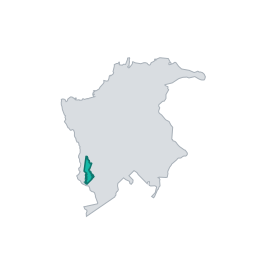 location of La Chorrera, Amazonas, Colombia, rotated 45°
{"feature_id": "7082276B17181319735962", "entity_name": "La Chorrera", "entity_type": "district", "adm_level": 2, "iso_a3": "COL", "parent_name": "Colombia", "parent_adm1": "Amazonas", "projection": "orthographic", "projection_center": [-72.317, -1.283], "detail": "fine", "context": "in_parent", "style": "filled", "palette": "teal", "viewbox_px": 256, "rotation_deg": 45, "n_neighbors": 0, "source": "geoboundaries", "source_scale": "gbopen_adm2", "svg_char_len": 6741}
<svg xmlns="http://www.w3.org/2000/svg" viewBox="0 0 256 256"><g transform="rotate(45 128 128)"><path d="M145.8,42.2L143.5,43.2L138.9,44.4L135.7,49.5L133.6,50.4L130.9,53.4L129.0,57.1L127.4,64.8L123.5,71.3L123.8,71.6L125.4,71.3L126.9,70.6L127.4,70.8L127.9,71.9L129.7,72.2L131.2,77.5L133.9,80.2L134.2,81.2L134.6,83.4L133.6,84.7L133.3,89.6L134.1,90.8L136.2,91.3L137.6,94.3L138.4,95.0L139.7,95.4L142.7,95.0L148.1,95.5L149.4,95.4L152.4,94.4L156.3,95.6L159.1,95.9L166.9,105.0L167.7,104.7L168.7,105.3L170.6,104.3L172.3,104.2L174.5,104.6L177.5,104.7L183.3,103.7L184.2,103.2L187.4,103.7L188.4,104.4L188.9,106.1L188.5,107.2L187.4,108.2L186.8,109.6L186.7,111.3L186.1,112.5L185.1,113.3L184.7,114.4L184.9,116.0L184.4,122.9L184.8,123.5L185.2,126.3L186.6,130.0L187.2,131.1L188.4,131.9L190.5,135.0L190.0,136.0L184.7,140.8L184.4,141.9L185.5,141.4L187.1,141.9L187.7,143.0L191.6,146.3L191.6,147.6L192.7,150.1L192.5,150.7L195.3,157.8L195.4,159.3L193.1,159.7L193.0,154.9L192.7,154.0L190.1,149.7L189.5,149.4L187.8,149.9L185.0,153.0L183.6,153.5L182.6,153.0L181.5,151.1L180.8,150.8L180.1,152.4L181.0,153.8L168.3,153.7L165.8,153.2L162.4,153.9L162.4,161.1L168.4,161.2L170.0,163.3L169.9,164.9L170.1,165.5L168.7,165.9L166.6,164.7L162.9,166.1L160.1,166.4L160.0,174.4L161.6,176.4L164.8,178.5L165.3,180.0L165.1,181.3L165.8,183.0L166.9,184.0L166.9,185.0L167.4,186.1L161.1,219.9L158.8,217.9L158.0,216.0L156.9,215.2L154.8,215.8L152.5,214.9L159.9,203.4L159.7,202.4L153.5,199.6L152.9,198.9L150.0,197.4L148.4,197.8L147.4,198.5L145.2,198.8L143.4,197.6L141.3,196.8L138.7,198.7L137.9,198.7L136.1,199.5L134.1,199.8L131.6,199.0L129.5,199.6L128.1,199.4L127.5,198.8L125.7,198.2L125.5,197.4L126.0,196.0L125.2,193.2L124.9,192.7L123.5,192.7L121.9,191.7L121.6,191.1L121.9,189.9L121.6,189.0L120.0,186.7L117.8,186.1L115.7,184.3L113.6,183.6L112.6,182.3L111.6,179.3L109.4,177.0L107.9,176.2L107.4,175.1L105.8,174.9L103.6,173.4L102.7,173.3L102.0,174.0L100.0,173.3L98.3,172.2L96.6,171.9L95.4,171.2L93.3,169.0L91.1,168.0L89.8,168.4L89.3,170.0L88.6,170.3L86.0,169.9L85.6,170.2L84.9,170.1L81.7,168.9L78.6,168.5L77.8,165.8L75.8,164.9L75.2,163.6L73.8,163.7L68.5,161.3L66.3,159.6L64.4,158.7L62.4,156.8L62.1,156.0L60.6,154.9L61.4,153.5L63.2,152.4L65.6,153.2L65.9,151.6L65.0,150.1L65.4,146.7L66.1,146.0L67.4,145.3L68.2,145.6L68.7,145.0L70.7,145.3L71.2,145.0L72.7,143.7L73.4,142.6L74.1,142.7L75.7,140.9L75.4,139.1L76.9,138.7L78.5,135.8L79.1,135.7L79.5,134.3L82.3,129.5L81.3,130.0L80.2,129.7L80.4,128.0L80.1,127.9L79.2,129.1L78.4,127.8L78.6,125.8L77.4,126.2L77.4,125.7L79.2,124.1L80.0,120.5L79.4,119.2L79.1,113.9L78.8,112.8L77.3,111.5L79.7,110.0L80.5,108.8L79.5,106.5L78.1,104.5L78.1,103.3L78.9,103.4L79.3,100.1L78.5,98.8L77.6,98.8L74.6,93.9L73.5,92.9L74.3,90.5L75.3,89.5L75.1,87.7L75.7,87.8L77.0,89.4L77.5,89.2L79.6,87.6L79.7,86.2L81.3,84.7L79.1,79.7L78.3,78.9L79.3,77.3L79.8,77.4L80.7,79.0L82.1,80.0L84.2,82.8L85.1,83.4L84.5,84.0L84.3,84.7L84.6,85.1L85.8,85.1L86.3,84.4L86.0,81.0L85.6,79.3L84.4,78.1L84.8,77.6L87.0,76.8L91.6,73.5L93.1,70.5L94.3,69.4L95.7,68.7L97.3,68.9L98.6,68.5L99.0,67.5L98.2,65.4L99.2,62.6L99.1,61.1L99.8,60.3L99.6,59.9L97.9,60.9L99.6,58.9L100.8,55.8L107.4,50.4L111.7,51.7L113.0,51.6L111.3,52.3L111.0,53.1L111.6,53.9L112.2,54.2L112.8,53.6L114.3,50.5L114.5,48.7L115.1,48.1L116.0,47.9L120.2,48.6L124.1,48.4L130.6,43.9L135.5,42.0L136.6,40.1L137.0,38.7L137.8,38.2L138.8,38.2L139.3,37.4L141.5,36.2L143.9,36.1L146.5,37.1L147.6,39.0L147.8,40.3L145.8,42.2ZM70.7,144.7L70.4,144.9L69.9,144.5L69.7,143.9L70.0,143.5L70.5,143.7L70.7,144.7Z" fill="#d9dde1" stroke="#a8b0b8" stroke-width="1"/><path d="M138.6,196.6L138.6,189.7L138.8,189.6L138.7,189.6L138.6,189.3L138.4,189.2L138.4,189.3L138.2,189.4L138.3,189.3L138.3,189.1L138.0,189.2L138.0,188.8L138.0,188.7L137.9,188.6L138.0,188.5L137.9,188.4L138.0,188.3L138.0,188.2L137.9,188.3L137.8,188.2L137.7,188.1L137.8,188.0L137.7,188.0L137.6,187.9L137.8,187.8L137.7,187.7L137.8,187.6L137.6,187.6L137.7,187.4L137.4,187.3L137.2,187.2L137.3,187.2L137.2,187.0L137.2,186.9L137.3,186.9L137.2,186.8L137.2,186.7L137.3,186.7L137.3,186.8L137.4,186.7L137.5,186.6L137.4,186.5L137.5,186.4L137.4,186.4L137.2,186.3L137.0,186.2L137.0,186.4L136.9,186.4L136.8,186.5L136.7,186.5L136.7,186.4L136.5,186.5L136.5,186.4L136.4,186.4L136.3,186.5L136.3,186.8L136.2,186.7L136.2,186.8L136.2,186.7L136.1,186.8L136.1,186.7L135.9,186.7L135.6,186.5L135.7,186.4L135.4,186.4L135.1,186.4L135.0,186.2L135.0,186.3L134.7,186.3L134.4,186.3L134.2,186.3L134.0,186.2L134.0,186.3L133.8,186.2L133.7,186.2L133.8,186.1L133.7,186.1L133.7,185.9L133.4,185.7L133.4,185.8L133.2,185.7L133.1,185.8L132.9,185.8L132.7,185.9L132.4,185.9L132.2,185.7L131.9,185.4L131.5,185.7L131.4,185.6L131.1,185.8L130.7,185.6L130.3,185.6L129.9,185.4L129.8,185.2L129.7,184.8L129.8,184.6L129.7,184.5L129.8,184.4L129.7,184.2L129.8,184.0L127.4,178.8L127.3,178.7L127.1,178.7L126.9,178.8L126.8,179.0L126.7,179.2L126.6,179.4L126.6,179.7L126.5,179.8L126.3,179.6L126.1,179.5L125.8,179.6L125.6,179.7L125.1,179.8L125.1,179.7L124.7,179.4L124.5,179.0L124.3,178.9L124.1,178.9L123.9,178.7L123.7,178.5L123.4,178.6L123.2,178.8L122.9,178.6L122.6,178.5L122.4,178.5L122.0,178.7L121.7,178.6L121.5,178.4L121.4,178.3L121.3,178.5L121.1,178.6L121.1,178.3L121.0,178.2L121.0,177.9L120.9,177.8L120.8,177.7L120.6,177.7L120.2,177.9L120.3,177.6L120.2,177.5L119.8,177.5L119.5,177.1L119.2,177.1L119.0,177.3L118.9,177.4L118.3,177.4L118.1,177.3L127.4,189.5L130.9,189.5L131.1,189.6L130.9,189.7L131.0,189.8L130.9,189.7L130.9,189.8L130.9,190.0L130.9,190.3L131.1,190.3L131.1,190.5L131.3,190.5L131.3,190.3L131.3,190.5L131.6,190.6L131.5,190.8L131.4,190.8L131.5,191.2L131.4,191.1L131.7,191.0L131.8,191.2L131.8,191.3L131.6,191.5L131.9,191.6L132.0,191.5L132.0,191.8L132.3,191.9L132.3,191.7L132.4,191.8L132.6,191.9L132.5,191.7L132.8,192.0L132.9,191.9L133.1,192.0L133.0,191.9L133.1,192.1L133.3,192.0L133.2,192.3L133.0,192.5L132.9,192.5L133.0,192.6L133.1,192.8L133.2,193.1L133.4,193.1L133.3,192.9L133.4,192.7L133.5,192.8L133.5,193.0L133.5,193.3L133.8,193.3L134.0,193.4L134.0,193.5L134.1,193.4L134.1,193.5L134.3,193.8L134.5,193.7L134.4,193.6L134.5,193.6L134.5,193.8L134.6,194.0L134.8,194.1L135.0,193.9L135.0,194.0L135.3,194.0L135.4,194.3L135.6,194.5L135.4,194.6L135.3,194.8L135.5,194.8L135.6,194.7L135.7,194.9L135.7,195.1L135.5,195.3L135.7,195.5L135.8,195.5L135.8,195.4L135.9,195.5L135.8,195.9L135.7,195.9L135.8,195.9L135.8,196.0L135.9,195.9L136.0,196.1L136.1,195.9L136.2,196.1L136.1,196.3L136.3,196.2L136.5,196.1L136.7,196.3L136.7,196.5L136.8,196.4L137.0,196.3L137.0,196.5L137.1,196.3L137.2,196.5L137.3,196.5L137.2,196.2L137.3,196.2L137.2,196.1L137.4,196.0L137.5,196.1L137.6,196.5L137.6,196.8L137.3,196.7L137.3,196.8L137.4,197.0L137.5,197.1L137.8,197.0L137.8,196.9L138.0,196.8L138.0,196.7L138.3,196.6L138.6,196.6Z" fill="#14b8a6" stroke="#0f766e" stroke-width="1.5"/></g></svg>